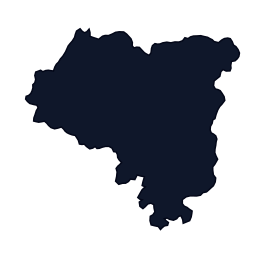 outline of Belo Vale, Minas Gerais, Brazil, rotated 185°
{"feature_id": "56859067B69751783454408", "entity_name": "Belo Vale", "entity_type": "district", "adm_level": 2, "iso_a3": "BRA", "parent_name": "Brazil", "parent_adm1": "Minas Gerais", "projection": "robinson", "projection_center": [-44.059, -20.405], "detail": "fine", "context": "isolated", "style": "filled", "palette": "ink", "viewbox_px": 256, "rotation_deg": 185, "n_neighbors": 0, "source": "geoboundaries", "source_scale": "gbopen_adm2", "svg_char_len": 3102}
<svg xmlns="http://www.w3.org/2000/svg" viewBox="0 0 256 256"><g transform="rotate(185 128 128)"><path d="M98.0,37.6L96.5,33.5L92.6,32.9L89.2,32.5L86.8,29.7L85.2,31.7L83.1,33.7L80.1,34.5L79.5,37.4L82.0,38.9L83.9,40.9L81.1,41.7L78.8,40.7L74.7,40.1L71.6,41.8L69.9,44.4L67.6,45.2L65.5,41.5L64.7,37.9L61.4,39.6L58.5,41.1L57.3,44.9L57.0,48.2L56.9,50.9L59.6,52.3L62.4,54.1L65.1,55.0L67.3,57.3L67.6,61.4L64.1,64.5L60.3,65.8L56.9,66.1L53.7,66.3L49.9,67.4L47.8,70.1L44.2,71.2L41.7,73.8L39.9,75.8L37.9,77.9L36.4,81.9L36.3,85.9L38.9,88.8L39.9,93.4L40.2,96.7L38.5,99.2L37.1,102.2L36.0,104.7L37.9,107.8L39.4,111.0L39.5,114.6L39.1,118.3L39.0,122.1L38.5,124.7L39.9,127.8L42.3,129.4L44.7,130.4L46.0,133.2L46.0,136.8L44.6,139.9L44.2,143.5L42.2,144.9L41.4,149.4L40.1,154.0L38.5,157.4L36.5,159.9L34.0,163.9L35.0,167.6L37.2,170.6L39.4,173.2L41.7,174.1L44.4,174.5L46.5,177.5L46.3,182.4L43.4,185.2L41.0,187.5L40.4,192.2L38.5,194.5L35.2,193.3L31.3,193.8L30.6,196.6L31.1,199.2L30.8,203.3L27.2,204.3L25.1,206.6L23.8,209.0L23.5,212.4L25.2,215.7L27.6,218.5L30.1,219.8L31.7,223.1L33.9,225.9L36.5,226.3L39.8,225.5L42.3,223.8L45.2,220.9L49.8,221.6L51.8,223.3L54.2,224.2L56.6,225.3L60.4,225.8L63.6,226.3L66.8,225.8L70.8,225.3L73.7,224.2L76.0,222.3L79.2,222.9L81.2,219.7L84.6,218.1L88.9,217.8L92.7,216.6L96.8,216.9L100.7,215.9L103.5,214.5L105.9,214.1L108.5,214.4L110.8,212.2L111.5,209.4L111.6,205.0L113.2,202.2L115.8,203.2L118.2,204.4L120.8,206.7L123.7,209.3L126.4,209.3L129.1,208.3L131.0,210.3L131.1,213.6L132.8,217.1L135.2,219.3L137.5,221.4L140.6,223.3L145.1,223.1L148.8,222.2L151.6,220.4L155.4,218.4L158.8,218.2L161.4,217.2L163.2,215.5L165.0,213.8L167.8,214.5L170.1,215.0L173.8,216.0L174.2,219.8L175.4,223.1L177.5,220.2L179.8,219.1L182.1,220.4L184.4,222.7L187.7,220.1L188.6,216.8L189.1,213.6L191.1,209.7L193.1,207.0L194.7,204.6L195.7,201.7L196.8,198.5L198.0,196.1L199.2,193.8L201.3,191.0L203.0,187.5L204.9,185.3L206.2,182.4L207.2,178.3L210.0,178.4L212.3,178.6L214.9,178.1L217.8,176.7L220.1,177.9L222.6,176.7L224.8,175.7L225.4,172.2L224.2,168.3L224.8,164.9L226.6,162.8L226.2,159.8L226.8,156.7L227.9,153.8L229.9,151.7L232.2,150.7L232.5,147.9L230.5,145.7L228.0,143.9L224.1,143.2L220.7,142.8L219.3,140.3L220.8,137.3L221.7,133.2L222.6,129.9L222.6,126.7L220.1,126.3L217.5,126.0L214.6,126.7L211.8,127.5L209.3,125.7L207.3,123.6L204.7,121.7L201.1,120.8L197.8,121.8L194.4,123.2L192.0,121.3L190.4,119.4L188.3,118.0L186.0,117.1L183.0,116.3L179.9,116.0L178.1,113.7L176.4,111.5L175.0,107.8L172.5,107.6L170.1,108.1L167.8,106.0L164.3,103.9L161.4,104.9L159.1,106.7L157.1,104.9L154.7,105.3L152.1,106.6L148.9,107.7L145.3,108.0L142.1,106.5L140.2,103.2L137.7,103.1L136.2,100.6L135.7,97.7L134.0,95.4L131.4,93.1L133.0,90.9L134.8,89.1L136.3,86.7L135.0,83.3L135.1,78.6L135.7,73.9L132.3,71.1L128.6,72.5L125.6,72.8L122.9,74.7L121.2,77.3L116.7,77.2L114.8,82.0L111.5,81.3L107.4,80.9L108.4,75.6L108.9,71.9L105.7,70.9L108.5,67.8L110.3,63.9L112.2,59.6L110.0,58.1L107.6,57.7L110.3,55.2L109.3,51.0L106.1,49.0L104.1,51.0L101.6,54.1L98.6,55.1L95.6,53.9L95.1,50.6L93.9,46.8L95.6,43.7L98.1,42.0L98.0,37.6Z" fill="#0f172a" stroke="#020617" stroke-width="1.5"/></g></svg>